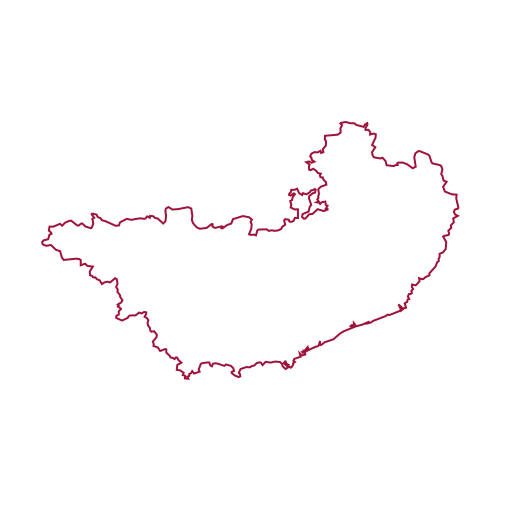 the State of Karnataka, rotated 260°
{"feature_id": "IND-2446", "entity_name": "Karnataka", "entity_type": "State", "adm_level": 1, "iso_a3": "IND", "parent_name": "India", "parent_adm1": "", "projection": "natural_earth1", "projection_center": [76.378, 15.043], "detail": "fine", "context": "isolated", "style": "outline", "palette": "rose", "viewbox_px": 512, "rotation_deg": 260, "n_neighbors": 0, "source": "natural_earth", "source_scale": "10m", "svg_char_len": 6123}
<svg xmlns="http://www.w3.org/2000/svg" viewBox="0 0 512 512"><g transform="rotate(260 256 256)"><path d="M179.0,394.8L178.9,392.9L177.5,390.4L179.3,391.2L183.6,387.9L178.9,389.2L177.1,388.9L174.7,377.3L175.4,375.4L174.3,373.3L171.8,360.3L170.5,357.3L170.1,352.0L170.7,355.2L171.5,355.3L169.9,348.4L169.4,342.0L169.9,342.1L170.1,341.1L171.6,341.5L173.0,340.7L171.8,340.5L170.5,338.7L171.2,338.2L170.5,337.1L169.0,340.3L166.7,329.6L165.1,325.4L160.5,317.7L159.1,308.5L157.1,304.9L157.3,303.5L161.2,304.3L157.0,302.3L156.4,301.2L156.2,298.6L153.1,287.3L155.0,291.4L156.0,291.4L155.6,290.3L157.0,290.6L154.2,287.3L154.5,286.4L153.4,286.4L153.4,284.8L152.6,285.2L152.4,287.6L150.4,287.4L150.1,283.8L152.4,282.2L149.1,282.4L148.0,275.8L146.3,274.6L144.9,276.0L143.9,273.9L142.8,273.9L140.6,272.0L139.6,270.1L140.5,270.7L141.5,268.5L143.1,269.3L144.8,267.0L147.0,266.9L147.1,266.2L145.7,264.7L142.2,267.6L140.6,268.0L139.6,265.5L142.9,263.0L145.1,263.0L147.4,261.3L148.7,256.7L148.5,251.8L150.1,247.1L147.4,243.5L150.0,242.4L150.7,241.0L150.4,238.1L148.4,235.1L148.3,232.5L147.4,230.9L148.3,227.0L147.3,221.1L143.9,218.8L142.3,219.8L140.2,219.6L139.8,217.8L142.2,214.1L145.1,211.7L146.1,212.0L146.6,214.4L149.6,214.1L152.2,212.2L154.4,207.7L153.3,205.7L156.9,199.1L157.5,196.5L157.3,194.9L155.0,193.4L156.2,192.0L159.2,191.5L159.6,189.8L159.8,184.4L159.3,182.9L154.1,179.8L151.9,180.4L151.0,174.6L153.7,173.2L151.9,171.7L151.4,169.8L149.6,169.5L149.0,167.4L146.9,168.0L147.8,164.7L150.3,165.4L151.5,163.2L153.5,164.5L156.5,161.5L157.7,158.2L162.4,159.6L163.8,164.0L167.4,161.3L169.7,160.7L170.0,159.5L168.6,157.9L170.0,156.6L170.9,154.2L172.5,153.8L176.5,150.9L179.7,151.4L180.1,150.3L179.1,145.1L183.0,143.4L185.2,139.4L187.0,140.0L189.6,139.5L193.2,143.8L195.7,144.7L199.6,142.6L199.6,139.8L200.3,139.1L203.9,138.9L206.3,137.6L209.2,137.6L211.5,138.9L213.9,137.7L215.5,135.7L218.3,138.0L219.6,138.1L220.3,136.0L219.3,133.4L220.6,131.1L218.4,127.0L219.3,121.9L218.8,120.2L217.3,118.9L215.7,112.9L219.3,107.6L221.3,108.1L222.2,110.7L225.5,111.3L227.0,113.6L227.7,113.8L230.2,111.2L230.9,112.1L232.2,111.3L233.6,115.2L235.6,116.8L239.4,115.1L241.0,115.3L244.8,113.3L247.0,114.0L249.8,112.9L252.7,114.8L257.2,114.9L258.6,113.5L255.3,107.7L256.5,105.2L256.3,102.0L255.1,99.4L259.2,97.8L260.8,95.3L262.8,94.1L263.2,92.0L264.7,91.2L266.0,89.2L269.6,89.6L273.9,93.5L275.5,88.3L278.1,86.3L277.3,81.8L282.4,82.7L283.6,81.5L284.6,78.4L285.5,66.0L288.1,64.6L294.8,63.9L296.8,60.1L302.4,56.0L302.5,51.2L304.4,48.0L306.9,47.8L308.3,49.6L308.6,54.2L312.8,56.3L313.3,58.4L314.5,58.4L317.0,56.4L320.8,57.8L320.1,61.4L321.7,68.6L319.5,70.4L321.9,73.6L323.1,78.2L322.8,80.2L317.4,85.0L316.7,86.5L318.2,89.2L318.2,90.6L314.7,93.1L312.0,98.2L312.6,99.3L316.2,101.4L320.9,101.3L321.7,103.3L325.6,101.4L326.2,102.0L324.5,106.1L321.8,106.9L320.3,109.5L318.0,110.4L316.4,113.8L310.1,123.1L309.9,126.3L312.8,128.0L315.0,135.1L313.3,139.4L313.3,148.1L312.0,152.6L312.1,153.7L313.9,155.6L312.1,158.1L313.9,158.6L312.9,161.9L311.0,163.1L310.0,165.7L304.1,170.2L306.0,172.9L311.2,174.4L316.4,174.6L318.4,175.6L319.4,178.3L316.3,181.7L315.7,187.6L315.9,197.5L314.0,200.5L306.7,200.3L302.6,199.1L299.3,199.7L294.6,202.5L292.6,205.3L292.2,212.2L295.2,217.9L294.8,218.8L292.8,218.2L291.4,219.3L290.8,221.2L291.2,227.4L290.9,227.9L289.4,226.8L289.1,227.8L291.6,233.2L292.2,237.2L296.3,239.8L297.6,250.0L295.4,255.8L292.6,258.3L290.5,256.6L288.1,257.3L283.7,256.1L278.6,252.9L277.6,254.7L277.5,257.5L276.3,259.5L281.0,261.8L281.6,263.4L280.4,271.1L278.5,273.0L278.6,275.8L277.5,278.9L277.4,282.2L278.2,285.5L280.0,286.6L281.8,290.2L286.2,289.9L287.2,291.1L286.1,294.6L284.3,294.8L283.5,296.3L284.0,299.0L286.8,301.0L286.1,303.9L294.7,305.4L295.2,302.0L297.8,298.6L300.5,299.7L304.2,299.2L304.8,301.2L307.9,302.5L310.0,305.1L311.1,304.2L309.5,300.5L310.4,299.2L311.7,299.6L312.6,301.3L315.0,302.2L314.5,305.0L315.1,308.2L310.4,309.4L308.0,312.1L309.7,313.1L308.0,316.4L309.4,320.0L311.0,321.5L311.0,323.6L311.8,325.5L311.0,326.3L308.2,325.2L308.1,323.3L305.9,318.9L303.6,318.2L296.7,319.3L295.2,317.5L290.6,315.5L289.2,309.2L286.5,308.1L284.4,309.7L284.3,311.2L287.8,315.5L287.6,318.9L291.4,324.8L288.5,330.5L289.3,334.6L289.9,334.6L290.6,333.0L293.0,335.2L294.2,333.6L297.6,333.7L297.5,329.9L296.1,328.2L297.4,327.5L298.4,325.0L299.0,327.2L301.1,326.2L302.4,327.6L304.3,327.7L306.1,328.8L310.9,328.9L313.0,331.9L314.0,337.7L316.6,337.7L319.6,335.6L321.7,335.5L322.4,333.2L324.3,332.9L325.8,334.1L327.0,331.3L329.2,330.3L332.0,327.5L331.1,324.6L331.6,323.4L334.9,323.6L336.7,324.7L339.7,321.8L339.9,324.6L338.2,326.9L338.8,329.9L340.9,327.6L343.1,327.7L344.7,326.6L347.1,328.3L347.7,329.9L348.1,332.0L347.3,334.6L348.4,337.8L346.2,338.0L346.5,340.3L349.6,340.4L352.6,343.9L355.1,344.6L357.2,344.8L358.8,344.0L362.4,344.8L361.3,357.6L362.9,360.8L367.0,361.3L369.9,363.5L371.9,362.1L372.3,362.6L372.4,367.6L370.3,372.1L369.7,375.8L367.6,377.6L364.5,384.4L366.5,386.0L367.5,388.6L366.0,388.6L362.8,385.9L361.1,385.8L360.8,388.4L360.1,389.0L358.0,390.1L355.8,389.4L356.1,393.2L355.1,395.1L351.6,394.2L345.2,389.6L342.4,392.4L338.1,388.3L335.0,388.3L332.7,389.3L330.4,395.6L330.9,397.6L326.9,400.1L322.7,400.4L320.6,407.3L321.3,409.3L321.0,411.3L322.8,411.2L323.3,412.1L322.5,416.7L320.2,420.7L315.2,425.5L316.2,428.8L325.8,429.0L329.4,430.8L331.1,434.1L330.9,435.3L326.0,443.2L324.5,444.2L318.0,445.1L316.5,445.9L313.6,452.9L312.3,454.1L308.7,454.6L304.5,452.6L302.5,453.5L297.8,453.8L296.0,456.6L291.6,452.3L286.7,453.2L282.8,459.4L281.6,464.2L278.0,463.2L268.4,463.7L267.5,463.0L267.2,459.9L265.1,458.5L262.3,459.3L260.5,461.7L258.7,456.7L254.9,456.7L252.3,453.2L249.8,453.2L247.5,449.8L244.4,450.1L243.3,449.3L243.1,444.5L242.6,443.7L236.7,445.8L229.9,444.0L227.1,440.8L226.3,437.2L223.2,436.7L221.2,435.2L219.4,435.2L218.2,433.2L214.6,431.1L208.8,423.7L206.9,423.5L205.8,419.4L204.3,416.8L204.4,415.3L205.8,412.8L202.8,412.7L199.7,408.7L199.5,407.9L200.8,404.8L198.4,404.1L196.2,405.0L194.4,402.8L192.4,403.1L191.7,401.6L191.9,399.9L189.8,398.6L187.1,399.4L186.8,397.8L184.5,396.8L183.6,394.2L179.0,394.8Z" fill="none" stroke="#9f1239" stroke-width="2"/></g></svg>